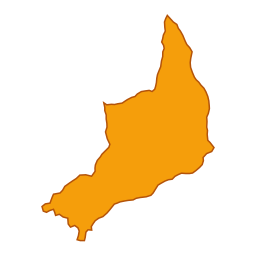 Valentim Gentil, São Paulo, Brazil
{"feature_id": "56859067B94354005773824", "entity_name": "Valentim Gentil", "entity_type": "district", "adm_level": 2, "iso_a3": "BRA", "parent_name": "Brazil", "parent_adm1": "São Paulo", "projection": "albers", "projection_center": [-50.11, -20.408], "detail": "fine", "context": "isolated", "style": "filled", "palette": "amber", "viewbox_px": 256, "rotation_deg": 0, "n_neighbors": 0, "source": "geoboundaries", "source_scale": "gbopen_adm2", "svg_char_len": 1935}
<svg xmlns="http://www.w3.org/2000/svg" viewBox="0 0 256 256"><path d="M91.7,230.1L91.3,226.6L93.2,223.5L95.2,220.7L98.7,218.2L102.9,216.6L107.0,213.0L109.9,209.6L114.3,204.1L117.2,203.1L120.0,201.9L124.4,201.0L128.0,200.4L133.1,199.9L136.2,198.3L140.2,197.5L146.2,196.8L150.9,195.3L153.1,193.0L155.0,189.9L158.0,185.1L160.8,183.4L165.1,181.0L168.5,179.7L172.2,179.2L175.0,176.3L178.2,174.6L181.4,173.2L185.6,173.5L189.5,173.5L192.6,173.0L196.0,170.5L199.6,167.4L202.2,164.6L203.4,160.7L203.1,157.5L206.6,153.6L211.7,151.5L214.0,147.6L210.2,142.7L207.8,140.3L207.2,134.4L207.5,130.5L206.7,127.2L207.0,121.5L206.7,117.1L208.3,113.5L209.4,108.6L209.2,105.3L208.8,100.9L207.8,96.5L205.9,91.8L203.9,88.2L200.9,85.1L198.7,82.1L196.2,79.8L194.4,77.2L192.4,72.5L190.6,67.4L190.2,62.7L190.7,58.5L192.1,51.8L189.7,47.7L186.8,44.5L185.2,41.2L182.8,35.4L180.4,31.1L178.3,28.3L176.9,24.5L173.3,22.0L167.3,15.4L165.7,18.6L164.5,22.0L164.8,27.2L165.3,31.1L163.4,35.0L162.6,39.0L161.7,42.0L163.6,45.4L164.2,48.5L162.8,51.9L162.7,56.6L161.5,60.9L160.7,66.7L158.6,71.8L157.5,74.6L156.8,78.2L156.4,82.7L155.6,86.4L154.7,89.3L152.1,91.5L149.2,90.4L144.8,91.0L141.3,91.6L137.3,94.0L135.0,96.5L131.7,97.4L127.4,99.6L124.8,101.3L122.2,103.1L117.6,103.8L114.6,104.5L111.4,104.3L106.7,104.8L103.8,102.8L104.8,107.5L104.8,110.7L106.2,114.9L106.2,119.0L106.9,123.6L107.0,127.2L105.5,131.9L107.3,138.8L109.9,144.3L108.8,147.4L105.9,150.3L101.9,154.3L100.4,156.8L97.3,160.4L95.4,164.9L95.0,168.1L95.1,171.3L91.6,176.2L85.8,174.8L79.9,175.1L76.3,178.5L72.6,180.9L69.4,183.1L64.8,186.4L62.6,190.3L60.0,193.0L53.5,194.2L52.2,197.2L50.0,203.1L45.3,203.9L42.0,206.5L43.3,211.1L46.5,212.3L49.8,210.5L53.5,209.3L54.7,212.4L55.6,215.4L59.4,214.3L63.1,217.0L67.8,218.2L68.2,224.0L70.5,227.1L74.7,225.5L77.9,227.8L79.2,231.0L78.4,235.7L77.1,239.7L80.3,240.6L84.4,240.6L85.2,237.4L85.9,232.2L88.0,229.8L91.7,230.1Z" fill="#f59e0b" stroke="#b45309" stroke-width="1.5"/></svg>